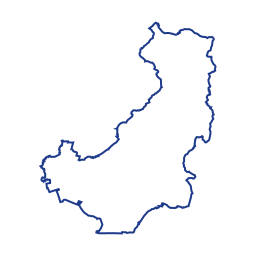 the district of Somcuta Mare, Maramures, Romania, rotated 274°
{"feature_id": "2599482B12476623860037", "entity_name": "Somcuta Mare", "entity_type": "district", "adm_level": 2, "iso_a3": "ROU", "parent_name": "Romania", "parent_adm1": "Maramures", "projection": "mercator", "projection_center": [23.535, 47.493], "detail": "fine", "context": "isolated", "style": "outline", "palette": "blue", "viewbox_px": 256, "rotation_deg": 274, "n_neighbors": 0, "source": "geoboundaries", "source_scale": "gbopen_adm2", "svg_char_len": 5800}
<svg xmlns="http://www.w3.org/2000/svg" viewBox="0 0 256 256"><g transform="rotate(274 128 128)"><path d="M223.4,207.1L224.7,205.5L224.3,204.1L224.3,202.2L223.2,200.8L223.8,200.0L224.2,198.9L224.0,198.4L224.3,196.7L224.1,195.7L225.1,192.9L226.4,191.4L226.7,190.4L227.0,190.1L227.4,187.9L229.9,185.0L230.9,181.9L230.6,179.9L230.7,177.9L229.5,175.3L229.3,173.8L228.2,172.7L227.4,172.5L227.1,173.2L226.3,172.8L226.5,171.8L226.2,171.3L225.3,171.4L225.1,170.5L224.3,169.4L224.6,167.5L225.2,166.0L225.0,165.3L225.6,162.8L225.5,159.9L225.2,159.2L225.2,157.6L226.4,155.5L230.5,151.6L231.2,151.3L232.1,151.8L233.9,151.0L233.2,150.2L234.3,149.8L234.6,149.3L235.0,148.4L234.5,147.7L232.4,145.9L231.8,145.7L228.9,142.2L228.1,143.3L227.8,144.2L227.0,145.0L225.6,145.8L225.2,146.7L224.3,147.3L222.3,146.9L221.3,146.4L219.3,146.5L218.3,144.7L216.4,143.3L215.1,143.1L214.1,141.8L211.6,139.5L210.9,138.3L209.3,137.6L208.9,136.7L208.5,136.6L208.6,136.0L208.1,136.0L207.3,134.9L204.3,135.0L203.4,134.3L202.6,134.4L201.6,134.6L200.0,135.8L198.9,137.8L197.0,140.2L195.6,140.4L196.0,141.6L195.9,143.3L194.7,146.6L194.9,147.5L194.6,148.1L193.2,149.4L190.9,150.6L190.1,150.6L188.9,150.0L188.2,151.3L187.5,153.3L186.6,154.2L185.8,154.2L184.4,152.7L183.3,152.6L181.1,154.0L178.7,157.4L171.9,158.2L171.1,158.8L170.8,158.2L167.5,156.8L166.8,155.7L166.1,155.4L165.4,154.3L164.4,153.6L164.3,152.7L163.0,151.7L162.3,150.2L161.8,149.7L160.1,149.2L159.1,148.0L157.9,147.5L157.8,146.8L155.0,147.5L153.4,144.2L151.8,144.2L150.8,143.5L150.4,142.7L147.9,141.5L147.6,140.4L146.9,139.6L146.6,138.4L146.3,138.3L146.4,136.9L146.1,136.8L146.1,135.8L145.8,135.1L146.1,133.8L146.0,132.1L143.9,130.3L143.3,130.5L142.2,130.1L142.4,130.3L142.0,130.6L141.7,131.6L139.9,131.4L135.6,126.9L133.2,125.7L133.4,124.0L133.2,122.5L132.3,120.6L130.7,118.9L126.5,116.8L126.4,116.5L126.1,117.5L121.2,117.6L121.3,118.1L120.8,118.3L119.1,118.5L118.7,117.1L116.2,119.6L112.8,117.3L111.1,114.9L107.6,111.4L106.7,111.0L106.2,110.1L105.2,110.0L105.1,108.9L100.2,103.1L98.8,100.5L98.5,100.9L97.9,100.6L98.0,100.2L96.9,98.0L97.6,98.0L97.5,97.6L96.3,97.0L96.5,95.5L95.7,95.4L95.8,94.6L96.5,94.4L95.9,93.3L96.7,92.4L96.7,90.3L94.7,87.3L93.3,86.8L93.1,83.8L92.4,82.1L92.5,81.2L91.8,80.7L93.7,81.4L96.4,81.9L96.8,78.5L99.3,78.9L99.9,78.7L100.3,78.1L100.6,76.2L101.0,75.1L101.7,74.9L103.0,73.6L102.9,73.0L109.7,74.3L109.5,73.7L109.6,70.2L109.3,69.0L110.5,69.0L110.1,64.9L111.0,63.8L110.6,62.8L109.4,63.5L106.0,63.4L105.5,62.8L105.7,62.3L105.3,62.0L103.5,61.0L102.1,61.0L101.7,60.7L101.0,61.5L98.6,61.2L98.5,61.8L97.7,61.5L97.0,61.7L94.1,57.0L94.2,56.1L93.8,53.6L94.1,52.6L94.8,52.1L93.8,51.0L94.4,50.7L93.0,48.5L92.5,48.6L92.0,48.2L92.4,47.9L91.5,47.4L91.3,47.0L90.8,47.2L90.3,46.9L90.2,46.3L89.4,46.8L89.3,45.8L88.9,46.0L88.1,45.6L87.6,46.0L87.3,45.3L86.3,45.7L85.1,45.4L84.4,44.7L83.8,43.5L83.0,44.6L82.5,44.4L82.3,45.1L81.6,45.9L81.4,46.9L80.8,46.6L80.2,47.6L78.7,47.4L76.8,48.3L76.6,48.6L73.0,48.8L72.8,48.3L72.4,48.2L72.8,46.2L71.5,45.4L70.3,45.3L69.4,45.8L69.2,46.8L68.5,47.6L69.9,48.2L69.4,48.7L69.4,49.2L70.6,49.7L71.0,50.5L70.8,50.9L71.1,51.2L70.7,51.8L71.0,53.2L70.7,53.9L67.7,54.1L66.8,50.5L62.4,51.4L62.6,52.1L58.6,54.1L62.2,63.0L62.0,63.3L61.4,63.3L61.1,62.5L60.1,61.2L56.6,62.9L49.4,65.7L50.0,67.3L50.0,67.9L51.8,68.9L52.1,70.4L48.9,80.0L47.9,83.4L49.6,84.4L49.9,83.3L51.6,84.0L50.9,86.6L47.7,84.3L47.2,85.0L45.3,86.1L41.7,89.1L40.1,90.9L39.3,92.5L37.8,94.6L37.9,96.0L37.5,97.2L37.6,99.3L35.9,103.1L35.1,103.6L35.6,104.4L35.8,105.7L35.5,106.5L34.8,107.1L29.7,109.2L26.0,107.9L23.5,106.5L23.1,106.1L23.4,105.8L22.7,103.9L21.5,103.7L21.1,105.5L21.0,106.7L22.1,121.8L22.4,129.2L23.7,129.4L23.8,133.3L23.2,134.3L23.9,136.7L24.1,140.5L25.1,141.3L27.7,141.8L30.0,143.9L32.7,145.0L32.8,145.5L34.1,144.8L35.0,145.7L34.5,146.3L41.3,150.1L45.7,153.4L46.6,154.4L47.5,156.2L48.8,157.5L48.8,158.4L49.2,159.3L50.7,161.4L49.8,162.1L50.9,164.2L52.3,163.8L52.2,167.6L53.2,167.6L53.8,166.9L55.1,167.4L54.2,168.5L55.1,168.9L53.8,172.3L52.5,173.5L51.3,175.6L51.6,176.1L51.3,177.0L51.5,179.4L51.3,180.1L52.2,182.2L52.6,182.0L53.5,182.9L53.0,186.2L52.2,187.6L52.7,188.6L52.4,188.8L52.8,190.1L54.0,192.6L54.2,193.8L63.7,195.7L66.2,195.8L67.4,196.9L69.7,195.7L74.7,194.6L78.6,191.5L80.0,189.9L82.3,192.1L82.5,195.6L82.1,196.2L82.2,197.3L84.0,198.6L85.7,197.8L85.9,196.7L88.0,192.6L88.7,192.0L88.3,191.1L88.3,190.0L89.7,188.1L90.2,187.8L92.1,187.7L93.5,186.4L94.9,186.5L96.5,185.6L98.9,186.3L102.2,186.0L105.0,187.1L105.6,187.6L105.8,188.5L106.2,189.0L109.1,190.6L111.4,194.1L112.8,194.5L113.1,195.4L114.7,195.4L114.9,196.2L116.5,195.6L121.3,195.9L123.7,197.1L123.8,197.8L123.6,199.4L124.2,201.6L125.0,202.4L124.7,203.1L121.8,203.2L120.7,204.8L119.1,206.0L119.1,207.0L121.4,209.5L122.4,209.9L126.7,210.5L129.2,210.6L130.2,210.5L132.4,209.5L135.5,210.3L138.1,209.6L139.3,210.5L142.5,212.0L143.0,212.4L144.8,211.6L146.1,211.5L147.1,211.8L147.4,212.5L149.5,211.4L151.1,211.2L152.3,210.2L153.2,208.9L154.0,209.2L153.9,209.0L154.1,208.4L154.6,208.4L155.8,207.0L156.3,205.9L156.8,205.9L157.0,206.3L157.0,205.7L157.4,205.6L157.6,204.9L158.4,204.5L158.5,204.7L159.3,203.9L161.5,205.8L164.1,204.4L165.1,204.6L166.2,205.4L166.6,206.0L166.7,207.1L167.4,207.6L167.9,207.0L168.6,207.1L169.0,206.8L169.3,207.2L169.9,207.1L170.9,205.9L171.3,206.2L171.0,206.6L171.5,206.6L172.1,205.9L172.9,205.5L173.8,205.6L174.9,207.1L175.4,207.2L175.7,206.7L177.2,206.3L177.6,205.9L180.1,205.1L181.5,204.9L185.2,206.1L187.7,204.8L188.7,206.8L189.7,207.9L190.2,209.8L191.1,210.3L191.1,210.8L191.3,211.0L192.2,210.6L195.5,211.0L196.8,210.1L197.7,208.8L201.4,206.6L202.6,206.3L204.6,206.4L204.9,206.1L204.7,203.2L204.9,202.9L205.0,202.3L205.7,201.6L209.3,202.4L210.4,203.2L211.0,204.6L211.8,205.1L214.2,205.3L216.3,206.1L220.6,206.3L222.4,207.4L223.4,207.1Z" fill="none" stroke="#1e3a8a" stroke-width="2"/></g></svg>